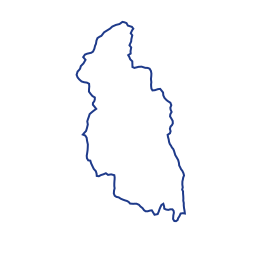 Brazópolis, Minas Gerais, Brazil (Albers equal-area conic projection), rotated 163°
{"feature_id": "56859067B60324732973006", "entity_name": "Brazópolis", "entity_type": "district", "adm_level": 2, "iso_a3": "BRA", "parent_name": "Brazil", "parent_adm1": "Minas Gerais", "projection": "albers", "projection_center": [-45.631, -22.49], "detail": "fine", "context": "isolated", "style": "outline", "palette": "blue", "viewbox_px": 256, "rotation_deg": 163, "n_neighbors": 0, "source": "geoboundaries", "source_scale": "gbopen_adm2", "svg_char_len": 2690}
<svg xmlns="http://www.w3.org/2000/svg" viewBox="0 0 256 256"><g transform="rotate(163 128 128)"><path d="M172.1,121.4L173.1,118.7L174.4,115.9L175.6,113.5L176.1,111.1L175.5,108.7L173.6,107.8L173.6,105.0L173.2,102.2L172.7,98.9L171.4,96.1L171.4,93.5L171.9,91.3L170.0,90.4L167.6,90.9L165.1,90.9L162.4,91.2L160.8,89.0L157.7,88.6L154.9,86.9L155.2,84.7L155.8,82.9L156.5,81.2L157.4,78.7L158.1,76.4L158.4,74.3L159.7,72.1L160.7,69.5L160.5,67.1L159.2,65.5L157.2,64.4L155.6,62.5L153.7,60.9L152.1,59.7L150.3,58.5L149.0,57.1L148.1,55.1L145.5,54.1L142.0,53.1L140.0,51.4L139.1,49.4L137.5,47.1L136.7,44.7L135.5,43.2L133.4,42.6L131.1,42.6L129.3,42.3L128.7,40.0L128.0,37.3L124.8,37.0L123.1,39.0L121.6,41.1L120.3,42.7L118.5,44.6L116.4,45.2L116.4,42.5L116.9,40.3L115.4,38.9L113.4,37.9L111.4,37.9L109.3,37.2L108.6,35.4L108.9,33.5L110.2,31.2L111.5,27.8L110.9,25.5L109.3,24.9L107.5,25.5L106.4,27.1L104.7,28.5L102.7,30.8L100.5,30.5L98.6,29.6L98.1,32.6L97.8,35.2L97.3,37.7L96.6,40.0L96.4,42.3L95.7,44.3L95.1,46.6L94.5,49.3L93.9,51.3L94.2,53.3L93.0,55.2L92.6,58.0L91.6,61.0L90.6,62.7L89.6,64.6L88.3,66.2L88.2,68.6L88.6,71.3L89.3,73.0L89.6,75.2L90.0,77.2L89.5,79.8L89.4,82.7L89.9,84.9L90.7,88.2L90.7,90.8L90.7,92.9L90.9,94.7L91.7,96.5L92.1,98.6L92.7,100.4L92.8,102.6L92.4,105.4L92.4,107.5L92.1,109.9L89.4,110.7L88.2,112.5L88.2,114.9L86.9,116.9L85.0,118.0L83.8,119.3L83.2,121.7L83.8,124.5L84.4,126.8L83.5,128.8L81.6,130.6L81.9,133.1L81.6,135.0L79.9,137.2L80.1,139.8L82.0,142.0L83.1,143.6L84.3,146.1L84.7,148.9L84.1,151.7L85.0,154.0L85.8,156.0L88.0,156.4L91.2,156.3L93.6,156.8L94.1,158.8L93.7,161.0L93.2,162.9L92.3,165.0L91.7,168.2L90.5,171.0L89.7,173.3L89.4,175.8L90.0,178.4L91.6,179.7L93.9,180.5L97.1,182.7L100.0,183.4L104.3,183.6L105.9,185.0L104.4,190.5L105.8,193.1L106.0,195.6L106.5,197.6L103.7,198.4L103.1,200.8L101.4,204.1L102.4,206.7L99.7,209.8L98.8,212.0L96.8,215.4L97.7,217.8L95.4,220.3L93.9,221.4L94.7,223.6L98.2,226.0L98.8,228.8L100.6,230.2L102.3,231.1L105.7,229.9L109.4,230.1L113.4,229.6L116.1,228.3L122.9,226.5L126.5,223.9L128.6,223.6L130.9,222.9L132.6,220.8L134.0,217.9L135.5,216.2L137.0,213.6L139.1,211.3L141.1,210.7L145.4,211.0L147.7,210.8L150.1,208.9L148.7,205.6L151.7,202.8L155.0,201.0L156.5,198.7L158.1,197.6L159.7,196.7L161.6,193.9L161.4,191.1L160.4,188.7L158.8,186.1L156.6,184.6L154.0,183.4L152.3,181.7L152.9,179.0L153.9,176.6L154.7,174.2L153.8,171.6L152.7,169.0L150.8,166.9L151.4,165.0L152.5,163.4L154.2,162.2L154.8,160.5L153.8,158.2L152.8,155.6L155.9,154.5L158.4,153.5L160.6,152.5L162.1,150.3L163.6,148.3L165.0,146.3L165.4,143.1L167.3,139.9L169.0,137.4L171.1,136.2L173.1,134.9L171.1,133.3L170.4,130.8L170.9,127.7L171.2,124.0L172.1,121.4Z" fill="none" stroke="#1e3a8a" stroke-width="2"/></g></svg>